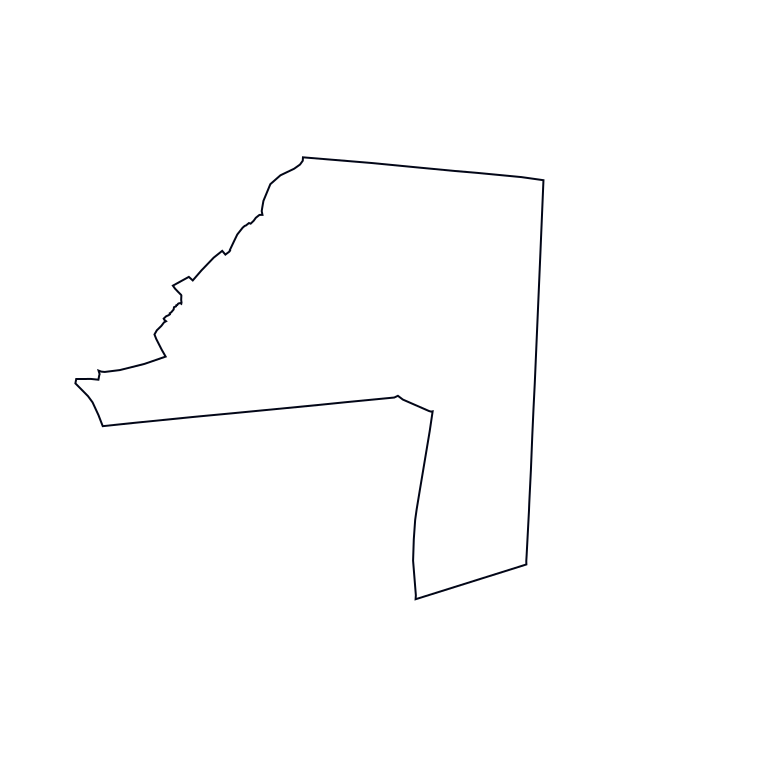 the district of Quan 3, Hồ Chí Minh city, Vietnam, rotated 323°
{"feature_id": "81297802B4427483692725", "entity_name": "Quan 3", "entity_type": "district", "adm_level": 2, "iso_a3": "VNM", "parent_name": "Vietnam", "parent_adm1": "Hồ Chí Minh city", "projection": "robinson", "projection_center": [106.677, 10.779], "detail": "fine", "context": "isolated", "style": "outline", "palette": "ink", "viewbox_px": 768, "rotation_deg": 323, "n_neighbors": 0, "source": "geoboundaries", "source_scale": "gbopen_adm2", "svg_char_len": 1570}
<svg xmlns="http://www.w3.org/2000/svg" viewBox="0 0 768 768"><g transform="rotate(323 384 384)"><path d="M164.1,201.5L162.8,205.0L161.8,205.7L158.5,208.7L153.0,203.6L141.2,194.8L137.9,197.8L138.1,199.1L140.3,215.6L140.2,223.3L137.2,237.2L136.9,238.2L134.0,248.4L161.6,265.0L210.8,294.9L218.8,299.8L245.9,316.5L319.7,361.7L342.8,375.7L384.1,401.0L388.0,401.8L389.7,407.8L403.7,432.7L405.0,434.4L406.4,435.1L392.3,449.0L349.3,489.8L334.6,503.8L327.1,511.3L314.3,526.0L300.9,542.6L282.3,571.9L279.7,574.9L343.8,597.7L389.1,613.8L391.1,611.0L394.6,606.9L423.4,572.6L427.8,567.2L431.2,563.1L449.4,541.3L471.0,514.9L487.7,494.7L504.9,474.1L587.5,373.8L634.0,317.2L618.3,301.5L585.4,271.4L569.1,256.8L542.5,232.5L507.5,200.4L455.7,154.2L453.5,156.8L449.0,158.2L441.8,158.0L426.9,155.0L413.5,156.0L397.9,165.2L393.2,169.6L390.4,172.3L388.7,175.8L386.3,174.0L381.7,174.1L378.2,175.2L374.0,175.7L373.0,174.2L369.0,174.3L367.9,173.9L365.2,174.1L356.8,176.3L350.0,179.8L341.4,184.3L341.4,184.8L340.1,185.2L335.2,185.2L334.9,180.3L324.0,180.6L307.3,183.3L307.1,183.3L293.6,186.2L292.6,181.0L274.6,178.4L274.5,182.0L275.0,186.5L275.6,190.8L275.4,191.4L272.6,194.8L271.3,197.1L270.4,197.9L270.0,196.8L268.6,196.1L267.9,196.0L266.3,196.5L265.6,196.1L264.6,196.8L262.5,196.3L260.8,197.9L257.2,198.7L255.4,198.6L255.0,199.5L253.2,199.4L250.8,198.8L247.4,199.2L247.2,200.8L247.7,202.7L245.4,202.4L241.2,203.6L234.9,204.4L230.5,206.3L229.2,211.0L227.1,222.9L226.1,230.7L204.8,223.8L181.4,213.9L168.2,206.3L165.7,204.0L164.1,201.5Z" fill="none" stroke="#020617" stroke-width="2"/></g></svg>